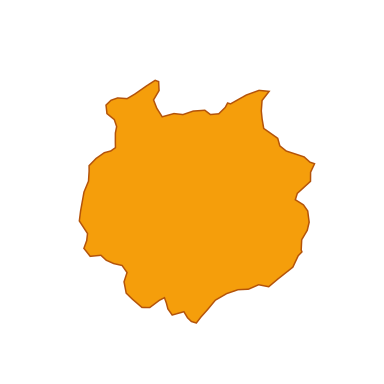 Hässleholm, Skåne, Sweden (Natural Earth projection), rotated 145°
{"feature_id": "70781695B37771083391359", "entity_name": "Hässleholm", "entity_type": "district", "adm_level": 2, "iso_a3": "SWE", "parent_name": "Sweden", "parent_adm1": "Skåne", "projection": "natural_earth1", "projection_center": [13.744, 56.208], "detail": "fine", "context": "isolated", "style": "filled", "palette": "amber", "viewbox_px": 384, "rotation_deg": 145, "n_neighbors": 0, "source": "geoboundaries", "source_scale": "gbopen_adm2", "svg_char_len": 1358}
<svg xmlns="http://www.w3.org/2000/svg" viewBox="0 0 384 384"><g transform="rotate(145 192 192)"><path d="M111.8,244.5L116.3,242.2L125.2,240.7L132.5,244.9L134.6,251.6L144.6,257.6L155.0,260.6L161.8,266.6L173.3,270.7L172.8,280.9L170.7,289.5L160.8,294.0L156.0,301.6L157.2,303.2L158.1,304.6L168.1,305.0L182.7,305.0L191.6,305.7L199.0,311.7L203.9,313.1L205.8,313.6L212.6,312.5L216.7,305.0L214.1,295.9L216.2,288.8L220.9,284.3L226.2,276.8L229.3,272.2L235.0,272.2L241.3,274.5L251.3,274.5L261.2,272.6L264.3,268.1L270.6,260.2L280.5,253.9L294.1,240.4L300.9,232.9L301.4,217.9L306.1,212.6L312.9,207.8L312.8,206.9L312.3,197.7L302.9,192.4L301.4,185.3L297.2,178.3L291.4,171.9L291.4,163.3L299.2,157.4L303.9,146.9L302.3,138.4L299.2,126.1L293.9,122.3L292.9,121.6L280.9,122.0L275.2,121.2L276.7,115.7L278.8,110.1L278.8,102.6L267.3,98.6L267.8,91.5L266.8,86.3L263.6,82.2L256.3,84.5L246.9,86.7L234.9,90.0L221.9,88.9L210.4,85.6L201.5,80.0L190.6,77.8L183.5,70.4L171.3,71.5L152.5,72.6L141.5,78.9L136.3,79.9L135.8,81.9L129.5,90.0L119.6,94.5L113.4,100.0L108.1,110.1L108.1,117.5L111.8,126.4L106.5,130.5L97.1,131.7L88.8,132.8L83.5,140.2L75.7,144.7L75.4,144.9L78.3,148.8L80.0,156.4L84.6,162.6L91.3,171.5L93.6,179.4L91.0,186.8L96.8,202.9L92.7,211.6L88.7,218.7L82.1,226.8L71.1,230.2L78.8,236.8L91.9,240.3L109.9,242.1L111.8,244.5Z" fill="#f59e0b" stroke="#b45309" stroke-width="1.5"/></g></svg>